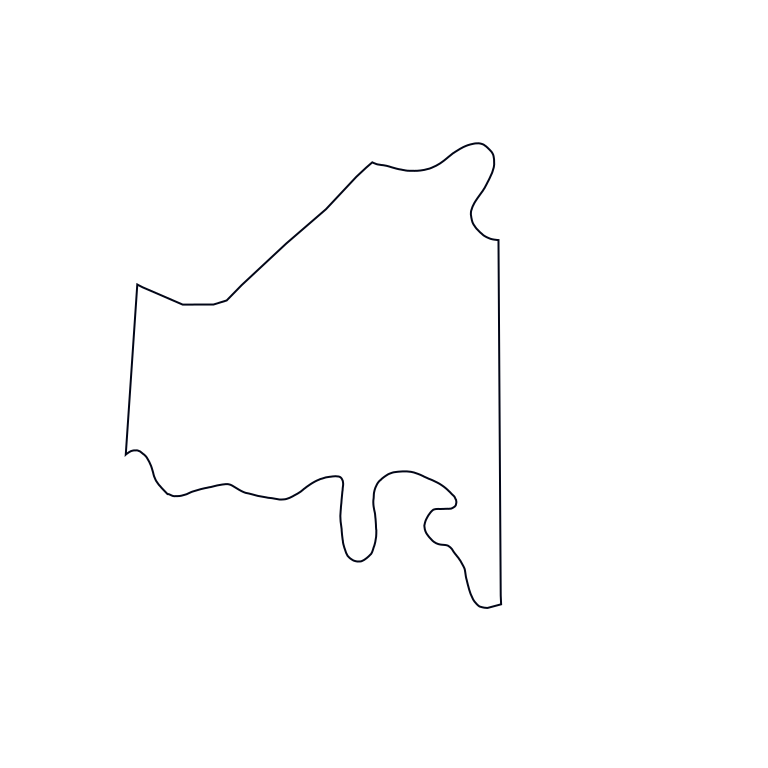 outline of Morne Assau/Babonneau, Dauphin, Saint Lucia, rotated 47°
{"feature_id": "8701671B48601442509190", "entity_name": "Morne Assau/Babonneau", "entity_type": "district", "adm_level": 2, "iso_a3": "LCA", "parent_name": "Saint Lucia", "parent_adm1": "Dauphin", "projection": "mercator", "projection_center": [-60.931, 13.991], "detail": "fine", "context": "isolated", "style": "outline", "palette": "ink", "viewbox_px": 768, "rotation_deg": 47, "n_neighbors": 0, "source": "geoboundaries", "source_scale": "gbopen_adm2", "svg_char_len": 6165}
<svg xmlns="http://www.w3.org/2000/svg" viewBox="0 0 768 768"><g transform="rotate(47 384 384)"><path d="M143.0,496.6L259.5,621.0L259.5,620.4L259.7,619.0L260.0,616.9L260.5,614.9L261.1,613.7L261.7,612.6L262.2,612.0L263.7,610.3L264.6,609.5L265.7,609.0L266.9,608.4L267.6,608.3L268.9,608.1L271.2,607.8L271.9,607.6L273.8,607.5L274.7,607.5L275.7,607.6L276.3,607.7L277.5,608.0L278.1,608.1L278.8,608.3L280.9,608.8L283.2,609.6L285.0,610.2L287.0,611.1L288.6,611.9L291.2,613.2L292.4,613.9L293.5,614.5L294.7,615.1L298.0,616.3L299.3,616.7L301.9,617.1L303.4,617.3L304.2,617.4L306.2,617.4L308.0,617.5L309.2,617.5L310.4,617.5L316.9,617.4L317.3,616.9L318.3,616.3L320.8,615.3L322.0,614.7L323.0,613.9L323.9,612.9L324.8,611.9L326.2,610.3L326.9,609.3L327.6,608.2L328.9,605.7L330.0,603.5L330.6,601.6L331.0,600.4L331.2,599.8L331.6,598.6L332.1,597.4L333.4,594.8L336.0,589.6L338.0,586.1L339.2,584.2L340.3,582.3L341.2,581.0L343.4,577.0L344.4,575.2L347.2,570.9L349.1,568.3L349.5,567.8L350.4,566.8L351.4,566.0L353.0,565.0L354.8,564.3L362.6,562.1L365.0,561.3L366.3,560.8L367.5,560.3L369.3,559.4L371.8,557.6L374.6,555.8L378.0,553.7L379.9,552.5L386.4,547.6L388.1,546.4L389.6,545.1L391.1,543.8L393.1,542.3L394.3,541.4L394.8,541.0L397.1,539.3L398.1,538.3L399.3,536.9L400.1,535.9L400.8,535.0L401.5,533.8L402.0,532.7L402.9,530.6L403.9,527.3L404.3,525.5L404.6,524.4L404.8,523.6L405.2,522.1L405.5,520.5L405.9,518.3L406.1,515.3L406.1,514.4L406.4,512.0L406.4,511.2L406.8,508.5L407.1,506.4L407.4,504.7L407.7,503.3L408.3,500.8L408.9,498.8L409.7,496.6L410.1,495.4L411.0,493.7L412.6,490.3L414.9,486.9L415.4,486.3L416.5,484.7L418.1,482.7L418.5,482.2L419.0,481.8L420.8,480.2L421.4,479.9L422.0,479.6L423.0,479.4L423.7,479.4L424.5,479.5L426.1,480.0L426.7,480.2L427.9,481.0L429.1,481.9L430.1,482.9L432.0,485.2L433.6,486.9L434.2,487.7L437.3,491.2L438.9,493.0L439.5,493.7L442.1,496.5L442.6,497.1L443.2,497.8L444.7,499.5L445.3,500.1L447.4,502.4L450.7,505.9L454.0,508.7L455.1,509.6L461.3,514.0L462.3,514.9L465.9,517.7L469.9,520.6L470.6,521.0L471.7,521.9L473.5,523.0L476.8,524.7L478.2,525.3L480.8,526.5L482.0,527.0L483.5,527.4L484.7,527.8L486.0,527.8L486.8,527.8L488.3,527.7L489.7,527.4L490.9,527.1L492.3,526.7L492.8,526.4L493.4,526.1L494.8,525.2L496.0,524.2L496.4,523.7L497.9,522.0L498.2,521.4L498.5,520.6L499.1,518.5L499.2,517.8L499.5,515.3L499.6,512.8L499.5,510.1L499.5,509.3L499.3,508.7L498.9,507.5L498.3,506.3L497.5,504.8L496.5,503.1L495.6,501.3L494.8,500.0L493.5,498.0L492.7,497.0L490.4,494.0L488.3,491.8L486.1,489.7L485.6,489.2L485.0,488.9L482.8,487.1L481.7,486.1L479.5,484.3L476.9,482.2L475.8,481.4L473.1,479.3L471.9,478.5L469.2,476.9L466.6,475.2L465.1,474.1L463.1,472.4L461.8,471.1L460.4,469.4L457.5,466.4L456.6,465.3L455.1,463.1L453.9,460.9L453.4,459.6L452.9,458.4L452.3,456.7L452.0,455.3L451.8,453.9L451.8,452.5L451.9,451.8L451.8,450.3L452.0,447.8L452.3,445.6L452.8,442.8L453.2,441.5L453.7,440.3L454.5,438.4L455.2,437.1L457.2,434.3L458.1,433.1L460.7,429.9L463.5,426.9L465.1,425.5L466.6,424.2L467.6,423.5L469.2,422.4L469.8,422.1L472.8,420.5L475.3,419.3L476.8,418.7L478.3,418.1L479.0,417.9L481.8,416.7L483.8,415.9L485.6,415.0L487.4,414.2L492.3,412.3L494.7,411.5L497.0,410.9L499.8,410.3L501.1,410.1L502.5,409.9L504.6,409.7L506.9,409.6L507.6,409.5L510.8,409.5L513.6,409.3L514.8,409.4L517.2,410.2L517.9,410.3L518.4,410.7L519.5,411.4L520.2,412.1L520.6,412.7L521.3,413.7L521.7,414.4L521.9,415.8L521.6,417.6L521.3,418.8L520.8,420.1L520.3,420.6L519.5,421.7L518.5,422.7L517.6,423.7L516.7,424.8L514.5,427.3L514.0,427.9L512.7,429.2L511.7,430.3L510.8,431.4L510.2,432.4L509.6,433.6L509.5,435.0L509.5,436.4L509.7,437.9L510.3,441.0L510.8,442.7L511.6,445.0L511.9,445.8L512.4,446.9L513.5,448.8L514.2,449.8L514.6,450.4L515.0,451.0L515.9,451.7L518.2,453.3L518.9,453.6L520.1,454.2L520.8,454.4L522.0,454.8L523.2,455.0L525.7,455.3L527.0,455.4L531.8,455.4L532.5,455.3L533.8,455.1L534.4,454.9L535.9,454.5L537.8,453.6L538.5,453.2L539.8,452.3L541.0,451.3L543.2,449.3L543.8,448.8L544.9,448.0L546.1,447.4L547.7,447.1L548.8,446.9L551.1,446.9L554.1,447.5L556.7,447.8L558.5,447.9L559.3,448.0L560.7,448.1L562.2,448.2L564.4,448.6L565.0,448.6L568.2,449.4L571.4,450.2L572.7,450.6L573.9,451.0L575.2,451.7L577.0,452.9L578.0,453.6L580.9,455.6L582.6,456.6L583.6,457.1L584.8,457.8L588.4,459.8L589.4,460.3L592.2,461.8L595.2,463.2L596.8,463.9L600.7,465.2L601.6,465.5L602.2,465.7L603.1,465.9L605.0,466.2L605.7,466.2L608.1,466.3L610.0,466.2L611.3,466.0L612.0,465.8L613.0,465.2L614.3,464.4L616.0,463.2L617.9,461.5L618.4,461.0L625.0,448.6L618.2,442.8L356.8,202.1L356.0,202.9L353.6,204.9L352.3,205.9L350.6,207.0L350.0,207.3L348.5,208.0L346.6,208.8L345.1,209.3L343.3,209.8L341.5,210.0L340.9,210.0L339.4,210.2L338.6,210.3L337.9,210.3L333.4,210.4L330.7,210.1L330.0,209.9L328.8,209.8L327.3,209.4L326.1,209.0L324.1,208.0L323.3,207.5L321.8,206.6L321.1,206.1L319.2,204.8L318.6,204.2L318.0,203.6L317.1,202.6L316.8,202.1L316.4,201.5L316.1,200.8L315.7,200.2L314.6,198.1L314.2,197.0L313.2,194.3L312.6,192.1L311.8,188.7L310.8,183.7L310.3,181.2L310.2,180.5L309.5,177.9L309.2,176.6L308.9,175.8L307.8,172.6L307.1,170.7L306.3,168.4L305.5,166.3L304.2,163.2L303.3,161.0L302.6,159.7L300.5,156.1L299.9,155.3L298.5,153.6L297.9,153.1L295.0,150.5L293.9,149.7L293.0,149.1L292.1,148.5L291.2,148.0L290.5,147.7L289.1,147.3L287.4,147.0L286.5,147.0L285.7,147.0L284.4,147.0L282.5,147.1L281.6,147.1L281.0,147.2L279.7,147.3L278.4,147.6L277.7,147.7L276.6,148.0L275.4,148.6L274.2,149.3L272.6,150.5L272.0,151.2L271.2,152.1L270.2,153.3L269.5,154.4L267.8,157.3L266.5,159.9L265.7,161.9L264.8,164.5L264.2,166.9L264.0,167.5L262.8,173.5L262.5,175.4L262.3,176.3L262.0,180.7L261.9,181.7L261.8,183.9L261.6,186.7L261.5,188.0L261.3,189.6L260.9,192.6L260.7,193.5L259.9,197.0L259.4,198.5L258.3,201.8L257.5,203.8L256.1,206.3L254.9,208.5L252.8,211.6L250.8,214.2L249.2,216.0L247.6,217.7L246.0,219.4L244.6,220.8L244.1,221.3L242.4,222.7L241.8,223.1L240.2,224.3L238.9,225.2L237.1,226.6L235.0,228.0L230.9,230.5L228.6,231.8L226.2,233.3L223.5,235.3L221.8,236.8L221.2,237.2L219.2,238.8L218.1,239.5L216.0,240.5L215.4,240.8L213.9,241.4L213.6,249.5L213.6,262.9L216.6,307.2L214.6,359.7L214.6,420.5L215.6,442.1L209.6,454.5L188.6,477.1L148.6,494.6L143.0,496.6Z" fill="none" stroke="#020617" stroke-width="2"/></g></svg>